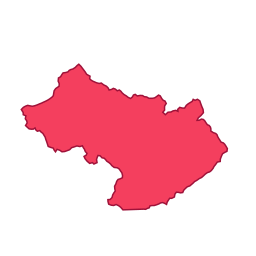 Taperoá, Bahia, Brazil, rotated 224°
{"feature_id": "56859067B18364917400541", "entity_name": "Taperoá", "entity_type": "district", "adm_level": 2, "iso_a3": "BRA", "parent_name": "Brazil", "parent_adm1": "Bahia", "projection": "mercator", "projection_center": [-39.219, -13.583], "detail": "fine", "context": "isolated", "style": "filled", "palette": "rose", "viewbox_px": 256, "rotation_deg": 224, "n_neighbors": 0, "source": "geoboundaries", "source_scale": "gbopen_adm2", "svg_char_len": 3180}
<svg xmlns="http://www.w3.org/2000/svg" viewBox="0 0 256 256"><g transform="rotate(224 128 128)"><path d="M217.6,67.2L214.1,66.3L212.6,64.8L209.9,65.8L208.3,63.3L205.8,62.8L204.1,61.6L203.4,58.6L200.7,58.6L198.5,58.7L196.6,60.1L195.3,61.5L194.9,63.4L193.0,62.6L191.0,62.7L189.7,64.8L187.9,64.7L185.5,65.0L183.3,64.4L181.3,63.9L179.0,62.6L177.1,61.7L175.2,60.7L172.6,59.3L170.2,60.3L167.8,61.6L165.7,60.8L163.6,60.5L164.2,63.4L161.6,64.6L159.0,65.0L157.2,67.1L156.1,69.3L154.9,71.8L154.9,74.7L153.6,77.0L152.3,79.6L149.7,81.2L148.5,83.5L146.4,82.8L144.7,82.5L142.3,81.4L139.9,81.3L139.2,79.4L139.9,77.0L137.6,76.1L134.4,75.7L131.0,75.9L129.5,78.4L127.5,78.4L126.2,81.6L128.8,83.5L129.8,85.6L130.5,87.4L128.6,88.7L126.0,88.5L124.2,89.7L122.3,89.7L120.2,89.4L117.5,89.9L115.4,90.0L113.6,89.7L110.6,90.0L108.0,92.0L105.8,92.4L103.5,91.9L101.3,91.5L99.0,90.1L97.5,88.3L98.4,85.9L99.4,84.1L99.1,81.8L97.9,79.4L97.2,76.8L95.3,75.1L93.4,73.8L93.1,71.5L92.5,69.2L91.2,66.9L91.2,64.2L92.7,62.5L91.3,61.2L89.0,59.8L86.5,60.8L84.5,62.3L83.4,64.7L80.8,65.6L78.3,65.9L74.8,65.6L60.4,80.5L58.8,81.8L58.3,83.5L57.3,85.3L58.1,87.3L56.8,89.0L55.4,90.3L54.1,92.6L53.0,95.0L52.5,96.8L51.2,98.5L49.2,99.3L47.2,99.8L48.3,101.8L48.8,104.1L49.2,106.4L47.7,107.8L46.7,110.6L48.3,113.0L48.6,115.4L47.1,116.7L45.2,117.8L43.8,119.6L44.7,122.0L44.7,124.4L44.5,127.0L43.3,129.3L43.1,131.4L42.9,133.5L42.9,135.8L42.2,137.9L41.6,141.1L40.7,143.5L40.5,145.8L40.4,148.5L39.9,151.1L38.8,153.1L38.5,155.3L38.8,158.2L39.4,160.0L39.6,162.4L40.1,165.5L38.4,168.0L40.0,169.8L41.2,172.6L42.1,175.1L41.4,177.9L40.6,179.9L42.2,182.2L45.0,183.0L47.2,183.5L49.1,183.5L51.2,182.5L53.7,183.1L55.5,183.5L57.5,184.1L59.3,185.0L61.1,185.0L63.5,183.9L66.4,183.4L67.7,184.9L69.3,185.9L71.4,186.2L73.2,185.5L75.4,185.9L77.8,186.5L79.7,186.5L81.4,185.4L82.1,183.1L83.6,181.5L84.5,184.1L84.2,187.6L84.4,191.4L86.9,193.5L90.0,194.8L92.9,196.2L95.2,197.4L98.0,196.9L99.0,194.5L101.0,193.9L100.3,191.8L100.8,190.0L101.5,187.3L101.8,184.8L101.1,181.6L102.9,180.0L105.1,178.8L105.2,176.0L103.7,174.7L105.9,173.9L107.5,171.6L108.2,169.4L110.2,167.1L110.4,163.5L113.9,163.5L114.1,166.3L115.7,167.8L117.0,169.4L117.5,172.2L120.1,173.1L121.9,172.4L124.1,172.6L127.1,173.5L128.9,172.9L129.3,170.3L129.8,168.1L131.1,166.3L133.6,163.9L136.1,163.3L138.1,161.8L140.0,161.5L141.9,159.9L143.6,157.5L146.2,157.2L147.0,155.5L146.4,153.4L146.7,151.0L149.3,150.1L151.6,149.9L154.1,149.3L156.7,149.2L158.6,149.5L160.6,149.3L161.6,147.3L164.1,147.2L166.1,146.3L166.6,144.4L168.0,142.2L169.9,143.0L172.5,143.1L175.6,142.1L178.4,141.8L179.7,140.0L182.0,138.7L184.1,137.9L186.0,137.2L187.9,136.8L189.8,136.8L191.3,138.9L193.1,138.4L195.1,137.9L197.8,138.6L200.3,139.0L202.9,139.4L204.7,139.7L207.7,139.7L208.0,137.5L208.0,134.9L208.7,132.0L209.7,130.4L210.3,128.7L210.2,126.6L211.3,124.7L213.0,122.5L212.6,120.1L212.1,118.0L212.8,115.7L210.8,113.2L208.2,112.1L206.6,110.1L207.0,108.2L207.4,106.1L207.0,103.5L205.6,101.4L204.2,99.4L204.1,97.5L204.6,94.3L205.2,92.0L206.0,89.7L206.8,87.7L207.5,85.8L208.3,84.1L209.3,81.7L210.5,79.3L211.9,77.2L213.8,75.9L215.9,74.6L216.9,72.5L217.6,70.2L217.6,67.2Z" fill="#f43f5e" stroke="#9f1239" stroke-width="1.5"/></g></svg>